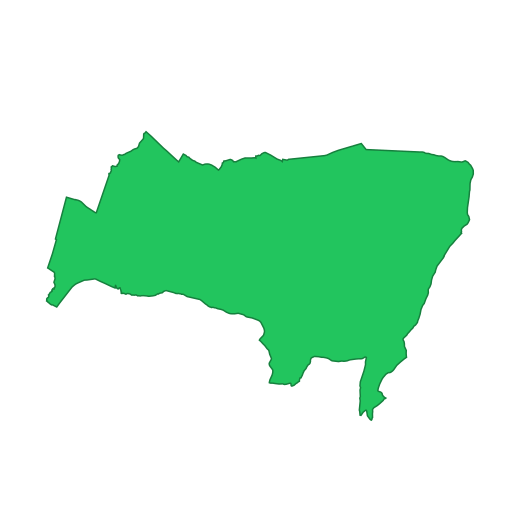 outline of Crucisor, Satu Mare, Romania, rotated 282°
{"feature_id": "2599482B33084136959102", "entity_name": "Crucisor", "entity_type": "district", "adm_level": 2, "iso_a3": "ROU", "parent_name": "Romania", "parent_adm1": "Satu Mare", "projection": "albers", "projection_center": [23.236, 47.656], "detail": "fine", "context": "isolated", "style": "filled", "palette": "green", "viewbox_px": 512, "rotation_deg": 282, "n_neighbors": 0, "source": "geoboundaries", "source_scale": "gbopen_adm2", "svg_char_len": 6093}
<svg xmlns="http://www.w3.org/2000/svg" viewBox="0 0 512 512"><g transform="rotate(282 256 256)"><path d="M375.3,450.3L378.2,451.2L381.4,451.5L384.9,450.7L386.6,449.6L389.4,447.1L390.3,445.5L391.6,444.0L392.6,441.1L392.4,440.5L391.1,438.6L390.6,437.6L390.4,434.0L389.6,430.8L389.4,429.2L389.3,427.8L389.6,425.4L390.0,423.9L391.6,420.1L392.2,418.0L392.3,416.2L391.8,413.9L391.7,411.2L392.0,408.9L391.8,406.7L392.2,403.6L391.7,400.6L392.3,398.8L392.3,397.1L391.7,394.2L383.0,341.6L387.9,335.6L376.5,314.6L373.4,309.7L369.4,304.3L368.4,302.1L357.3,267.7L356.3,266.8L356.2,266.5L356.1,262.1L353.8,262.1L354.6,260.5L355.2,256.5L357.7,249.5L359.2,243.7L358.9,242.6L357.3,240.5L355.1,239.1L355.0,237.5L354.1,236.4L353.7,235.0L351.8,235.5L351.9,235.1L351.7,233.8L350.9,231.2L349.6,224.9L347.7,221.7L344.4,217.3L343.9,216.9L343.9,216.5L343.5,214.4L344.6,213.3L345.0,211.7L345.1,210.7L342.8,206.6L342.5,205.6L342.1,204.7L341.4,204.8L340.7,204.6L340.1,204.2L340.0,203.8L338.2,203.9L336.1,203.5L333.1,202.1L332.2,201.4L334.3,197.7L335.7,193.7L336.1,190.9L335.9,189.3L335.3,187.1L333.9,184.8L335.2,178.1L336.1,176.4L336.4,173.7L336.9,173.2L337.2,172.2L337.8,170.9L338.6,169.9L338.7,169.4L338.7,168.4L338.9,167.7L339.8,166.6L340.6,163.7L332.0,160.8L333.1,158.7L340.3,146.6L342.2,143.1L351.2,128.8L354.7,122.6L353.0,121.7L352.6,121.3L352.6,121.1L352.0,120.8L347.8,121.5L346.8,121.2L342.2,118.6L338.6,118.3L337.1,117.5L336.5,117.0L335.4,114.9L334.5,113.7L332.5,111.9L329.5,107.7L328.0,106.3L327.6,105.3L327.0,104.7L326.7,104.0L326.6,102.7L326.7,101.2L325.8,100.3L324.2,100.5L323.2,101.0L321.9,102.7L319.9,102.8L317.8,102.4L316.1,101.3L314.9,101.4L314.2,99.6L314.4,96.9L313.7,96.5L313.1,95.9L312.7,95.9L312.3,96.3L310.5,96.3L309.7,96.7L308.8,96.7L308.0,96.4L307.0,96.3L306.3,95.8L306.3,95.2L306.0,95.0L304.2,95.5L265.1,90.8L265.0,89.9L265.2,89.2L268.5,80.7L269.2,79.2L272.5,74.0L273.2,72.1L273.5,70.4L273.6,67.5L273.4,67.4L274.1,58.4L230.9,56.3L230.5,57.4L215.7,56.4L201.0,54.7L198.2,61.9L197.8,62.2L197.3,62.6L194.4,63.1L194.5,63.3L192.0,64.2L188.3,63.8L186.2,65.3L184.6,65.8L183.3,65.6L183.1,65.2L182.8,65.0L181.9,65.5L181.6,65.2L181.4,64.4L181.6,64.0L180.1,63.4L179.8,63.8L179.0,63.8L177.6,62.3L175.2,61.5L174.7,61.1L174.2,61.6L172.6,61.6L171.8,61.0L171.7,60.7L170.5,60.2L169.6,60.4L169.3,60.7L168.5,60.5L167.9,61.8L167.5,62.2L167.2,63.0L166.5,64.2L165.9,65.5L165.9,65.8L165.7,66.1L165.9,67.4L165.5,68.6L164.7,71.7L169.4,73.8L185.7,81.7L187.5,82.6L189.6,84.2L191.0,85.4L192.4,87.1L196.7,93.1L197.4,95.7L200.1,103.1L200.1,104.0L198.8,109.1L197.8,113.9L196.1,121.0L195.4,124.8L198.0,124.7L198.0,124.9L196.8,125.5L195.4,126.8L195.1,128.0L196.4,128.9L196.6,129.2L196.5,129.8L195.6,130.1L194.2,131.1L193.5,131.2L192.6,132.0L191.8,131.7L191.4,132.2L191.9,134.0L192.0,134.7L191.6,136.6L191.9,137.2L192.5,137.7L192.7,138.9L192.7,140.7L191.9,142.6L192.2,143.5L192.5,145.7L193.0,146.5L193.0,146.9L192.4,148.7L192.7,149.2L192.7,149.7L192.9,151.3L193.4,152.3L193.9,154.5L194.0,155.6L194.2,157.0L194.3,159.5L195.6,163.4L196.6,165.7L198.7,167.9L198.5,168.4L199.6,169.6L200.6,172.0L202.2,173.1L203.1,174.4L203.5,175.4L203.1,183.4L202.7,185.4L202.9,186.9L203.3,188.0L203.2,189.0L203.4,190.0L203.1,191.0L203.4,192.5L203.4,193.0L202.0,197.1L201.8,210.3L200.9,212.3L198.6,216.5L198.0,218.1L197.2,219.4L196.6,221.2L196.6,222.4L196.3,223.0L196.9,224.6L196.7,226.2L196.9,227.2L196.5,229.4L196.5,233.0L196.2,235.3L194.9,238.7L194.3,241.8L194.3,243.3L194.5,244.6L195.1,247.3L196.3,250.5L196.0,255.6L195.8,256.5L194.7,258.8L194.5,259.9L194.6,265.1L193.7,271.1L193.2,273.0L192.1,274.6L186.9,278.8L185.0,279.7L183.5,280.1L180.5,279.9L179.6,279.6L175.9,277.3L174.4,276.8L173.5,278.4L171.3,281.5L170.3,283.1L167.6,286.2L166.6,287.9L165.5,288.6L162.8,289.8L159.0,292.4L158.2,292.5L154.2,291.3L153.2,291.3L151.6,292.1L148.2,295.9L147.4,296.3L145.7,296.6L144.3,296.6L142.8,296.5L137.8,295.4L135.3,295.3L134.8,295.4L134.7,296.6L135.1,298.7L135.3,302.0L135.6,305.3L136.5,308.7L136.3,310.0L136.3,310.7L136.9,312.3L138.5,315.4L138.7,316.1L138.6,316.5L138.3,316.7L136.6,317.3L136.2,317.7L136.4,318.5L137.5,320.1L139.8,321.8L140.3,322.5L141.6,323.5L142.5,324.5L143.2,324.3L145.7,324.3L146.1,325.3L149.1,326.1L150.9,326.3L153.9,327.0L156.2,328.3L158.4,328.8L160.6,329.8L161.4,330.7L162.3,331.1L164.1,331.2L165.3,330.9L167.1,331.0L168.0,331.5L169.9,334.0L170.5,338.0L170.6,341.6L170.9,342.6L171.0,346.0L170.8,347.9L170.5,349.0L169.5,351.4L169.3,352.2L169.9,358.7L171.1,361.7L171.3,363.8L172.0,365.9L172.5,367.1L173.9,369.3L175.8,374.5L176.7,377.4L177.5,380.8L178.0,381.6L179.8,383.6L179.9,384.6L179.6,385.1L175.1,385.1L172.6,385.7L171.5,385.7L165.9,385.5L154.6,384.2L150.6,384.7L148.9,385.7L146.6,385.6L140.1,387.3L138.6,387.1L135.9,388.1L126.8,389.1L125.4,389.8L121.9,390.9L121.9,391.8L124.2,392.8L125.1,393.1L126.2,393.8L127.8,395.2L128.0,395.6L128.0,396.0L127.4,396.5L122.9,398.2L120.2,401.2L119.7,402.0L119.4,402.9L120.0,403.3L121.7,403.3L122.2,403.6L125.9,402.7L128.0,402.5L130.1,401.9L132.1,402.8L134.9,405.7L137.1,407.5L141.1,410.4L142.8,411.0L143.3,411.9L144.0,412.5L144.4,411.1L146.0,408.8L147.9,407.8L148.5,407.0L148.9,405.8L148.9,405.1L149.2,403.7L149.7,403.1L152.4,403.1L156.5,403.6L161.8,404.9L163.6,405.6L167.3,407.6L169.3,409.5L169.8,411.2L170.4,412.1L172.0,413.5L173.5,414.4L178.3,416.4L182.3,419.3L186.3,422.5L188.2,424.3L189.2,423.9L192.0,423.1L194.9,422.6L198.4,420.0L201.0,419.4L203.0,418.6L204.6,417.3L205.4,417.1L206.5,417.5L209.9,419.9L211.5,420.4L213.6,421.7L216.1,423.0L217.9,424.3L220.1,425.0L221.7,426.4L224.5,427.7L226.3,427.7L228.9,428.2L233.3,428.6L238.0,428.5L242.3,429.3L244.5,430.4L249.6,431.1L253.5,432.1L255.9,432.2L258.6,431.5L259.6,431.5L262.0,432.5L265.0,433.0L269.1,432.7L273.0,433.0L277.6,434.7L278.7,434.6L281.1,434.8L283.8,435.2L293.4,439.7L295.0,440.1L295.1,439.8L305.7,443.5L309.5,445.9L312.5,447.4L321.0,452.4L321.4,451.7L322.4,452.0L323.9,451.5L324.6,451.4L326.0,451.7L328.7,453.5L330.9,455.8L332.2,456.4L334.0,456.9L336.0,457.3L338.9,455.9L340.5,454.3L342.5,453.6L347.3,452.8L358.1,452.1L363.5,451.4L365.0,451.5L371.4,450.3L375.3,450.3Z" fill="#22c55e" stroke="#15803d" stroke-width="1.5"/></g></svg>